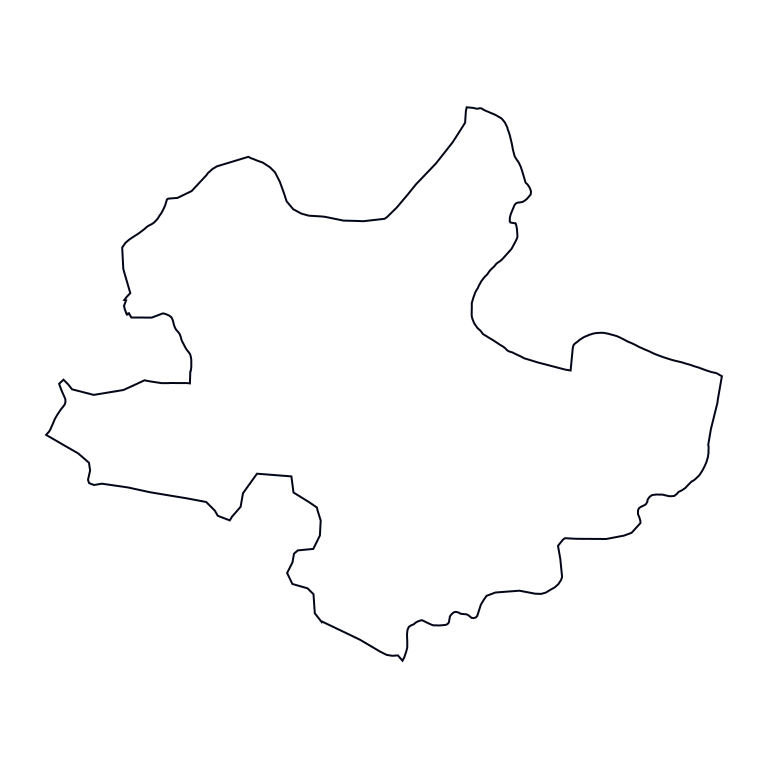 Mawiyah, Ta`izz, Yemen (orthographic projection)
{"feature_id": "15242507B40784737599464", "entity_name": "Mawiyah", "entity_type": "district", "adm_level": 2, "iso_a3": "YEM", "parent_name": "Yemen", "parent_adm1": "Ta`izz", "projection": "orthographic", "projection_center": [44.336, 13.613], "detail": "fine", "context": "isolated", "style": "outline", "palette": "ink", "viewbox_px": 768, "rotation_deg": 0, "n_neighbors": 0, "source": "geoboundaries", "source_scale": "gbopen_adm2", "svg_char_len": 6058}
<svg xmlns="http://www.w3.org/2000/svg" viewBox="0 0 768 768"><path d="M248.4,156.8L217.0,166.3L212.5,169.0L207.7,173.3L206.5,175.1L191.7,191.0L177.5,197.9L168.6,198.6L167.5,199.0L166.8,199.8L166.1,202.3L165.2,205.2L163.9,208.2L162.6,210.8L161.1,213.5L159.4,215.8L158.0,218.2L156.2,220.4L154.1,222.5L151.6,224.2L149.2,225.4L146.9,226.8L144.5,229.0L142.4,230.6L140.3,232.2L138.1,233.8L135.1,235.7L132.0,237.7L129.1,239.7L127.0,241.5L125.3,243.0L122.2,247.6L122.8,259.7L123.3,268.9L124.0,271.5L130.3,293.1L126.6,297.0L124.3,300.0L126.1,300.3L124.0,305.9L124.1,306.0L124.6,308.6L126.4,313.7L127.0,314.7L127.7,314.4L128.1,313.4L128.9,313.2L131.3,317.5L151.7,317.6L162.9,313.4L163.8,313.5L166.3,314.3L169.0,315.5L171.2,317.0L172.5,319.5L173.3,322.1L173.4,322.7L173.9,324.7L174.8,327.3L176.1,329.7L177.8,331.6L179.6,333.9L180.6,336.5L181.4,339.5L182.4,341.9L183.9,344.7L185.1,347.1L186.6,349.6L188.3,351.7L190.0,354.0L190.8,356.6L191.3,359.8L191.3,361.8L191.3,363.4L191.3,366.2L191.1,368.8L190.6,371.4L190.3,371.5L189.9,383.4L187.4,383.1L169.5,383.0L169.1,383.1L161.3,383.1L150.2,381.4L144.5,380.3L135.5,384.5L123.4,390.0L93.7,394.9L72.0,389.3L68.1,384.3L63.5,379.7L59.1,383.8L60.8,388.5L61.5,390.3L61.8,391.0L62.9,393.6L64.1,396.2L65.3,399.1L65.5,402.0L64.6,404.7L63.0,406.8L61.2,409.0L59.6,411.3L57.6,414.3L56.2,416.6L54.7,419.3L52.7,424.2L51.5,426.7L50.5,429.2L49.0,431.7L47.1,433.7L46.1,434.9L64.4,445.5L78.2,453.4L88.9,462.7L89.0,462.9L90.1,470.5L88.0,479.9L89.1,483.1L93.8,485.0L102.0,483.7L127.7,487.4L149.8,492.2L165.9,494.9L186.6,498.3L206.2,502.0L214.8,510.6L217.8,515.8L229.8,520.4L232.0,516.7L240.6,506.8L243.0,493.2L257.0,473.7L258.4,473.8L291.4,476.4L293.5,492.5L309.0,502.1L316.9,507.5L317.6,510.6L320.7,520.5L319.9,535.5L313.3,548.9L297.8,550.4L294.0,553.7L292.5,562.4L287.1,573.0L292.4,584.0L307.5,588.3L313.4,594.1L313.5,594.3L314.8,613.3L321.2,621.4L321.2,621.2L322.8,621.9L359.9,639.7L380.1,651.6L386.7,654.9L392.4,655.8L397.9,655.4L402.5,660.7L404.2,657.5L406.1,652.0L407.2,647.8L407.3,643.1L407.0,634.2L407.5,629.9L408.8,626.9L411.0,625.4L413.4,624.5L416.0,622.4L418.1,621.3L419.4,620.9L420.3,620.5L422.2,620.3L425.0,621.6L429.0,623.6L432.0,624.9L433.7,625.4L436.1,625.3L438.8,625.5L442.7,625.2L446.1,624.8L447.6,623.9L448.9,622.5L449.2,620.4L449.7,618.0L449.8,616.7L450.9,615.0L453.0,612.9L454.4,612.1L456.0,611.9L457.7,612.3L459.0,612.7L460.5,613.7L462.4,614.0L466.4,614.3L467.8,614.9L469.6,616.2L471.6,617.9L473.7,618.1L475.7,617.5L477.2,616.0L480.9,604.6L483.9,599.6L486.6,595.8L495.5,592.5L519.4,590.7L535.2,593.7L541.1,593.9L545.8,592.6L549.9,590.1L554.8,587.3L558.4,584.1L561.1,579.9L562.1,577.0L560.4,559.9L560.4,559.6L558.0,545.8L562.9,539.7L565.0,538.2L576.2,538.8L606.2,539.0L624.0,535.6L631.6,532.8L640.4,523.1L640.5,522.5L640.3,520.6L639.5,517.9L638.9,516.2L638.0,514.2L638.0,510.6L638.6,508.9L639.2,508.0L640.8,506.9L644.6,505.1L645.9,504.2L647.4,501.7L647.4,500.3L648.2,498.8L649.4,497.1L651.6,495.3L653.1,494.9L654.2,494.8L656.6,494.5L659.1,494.6L662.4,494.6L665.3,495.3L669.1,496.2L671.3,496.2L672.9,496.1L674.4,495.9L675.7,494.7L676.5,494.3L677.5,493.2L678.4,492.0L680.3,491.1L682.2,490.1L685.2,488.1L688.4,484.7L691.6,481.5L693.4,480.6L695.1,479.3L699.3,475.3L702.0,471.2L704.5,466.5L706.4,462.2L707.9,457.1L708.5,452.7L708.5,450.5L708.6,448.9L708.6,446.2L708.2,445.0L710.9,429.1L717.5,402.5L717.7,400.5L717.7,400.2L721.9,376.2L719.2,374.7L716.8,373.3L714.1,372.6L711.5,372.1L708.8,371.2L706.3,370.4L701.1,368.5L698.5,367.5L695.7,366.7L693.2,365.9L690.8,365.0L688.1,364.2L685.4,363.5L682.8,362.6L677.5,361.3L674.9,360.7L671.9,359.9L669.3,359.1L666.5,358.2L664.0,357.4L661.2,356.4L655.1,354.1L652.4,352.9L650.0,351.7L647.5,350.6L644.6,349.4L642.0,348.2L639.2,347.0L636.4,345.5L633.8,344.2L631.3,343.0L628.7,342.0L626.3,340.8L623.9,339.5L621.5,338.3L619.1,337.1L616.7,336.1L614.1,335.3L611.3,334.6L608.6,333.8L606.0,333.3L603.4,332.8L600.9,332.8L598.2,332.9L595.2,333.2L592.5,333.8L590.9,334.4L590.0,334.5L587.6,335.6L585.0,336.6L583.6,337.3L582.6,338.0L582.3,338.1L581.1,338.9L579.7,339.8L577.5,341.7L576.1,342.7L575.0,343.5L573.8,344.7L573.1,346.5L572.8,347.8L570.6,370.5L565.2,369.6L543.8,364.0L538.0,362.5L526.3,358.9L524.4,358.4L524.2,358.3L522.6,357.4L520.9,356.5L519.2,355.7L517.6,355.0L515.6,354.0L513.7,353.1L512.1,352.3L510.2,351.8L508.4,351.1L506.9,350.1L505.4,348.4L503.9,347.2L502.3,346.1L500.0,344.8L498.0,343.4L494.6,341.2L492.9,340.1L491.1,339.0L489.5,338.1L485.9,335.8L484.5,335.0L482.9,334.0L482.7,333.7L480.8,331.1L479.7,330.0L478.4,328.9L477.3,327.8L476.5,326.6L475.6,325.4L474.7,324.1L473.9,322.6L472.7,319.6L472.1,317.8L471.7,315.9L471.7,311.1L471.8,309.5L471.8,303.1L472.2,301.6L472.7,300.0L473.1,298.6L473.6,297.0L474.3,295.2L474.8,293.6L475.4,292.2L476.2,290.6L478.0,287.8L478.5,286.4L479.2,285.0L480.1,283.5L480.9,281.9L481.7,280.7L484.0,277.7L485.1,276.4L486.2,275.5L487.6,273.9L488.7,272.2L490.0,270.5L491.1,269.3L493.7,266.9L494.7,265.8L495.8,264.4L496.9,263.3L498.1,262.4L499.1,261.8L501.8,259.7L503.9,257.4L511.4,249.0L511.9,248.2L515.6,241.3L516.8,238.8L517.4,237.0L517.4,235.4L517.2,232.5L516.9,228.6L516.0,224.2L515.4,223.2L514.5,223.3L514.4,223.2L510.4,222.5L510.1,222.0L509.7,221.2L509.9,217.5L510.8,214.0L514.5,205.1L515.8,203.5L518.0,202.5L518.3,202.6L522.5,202.0L525.5,200.1L527.2,198.6L529.4,196.0L530.7,194.5L531.0,191.5L530.3,189.2L529.2,186.9L527.5,184.4L525.6,182.7L522.4,171.9L520.8,166.9L518.7,162.5L516.6,159.5L514.7,156.4L513.0,150.0L511.8,143.6L509.7,134.9L508.3,130.7L507.9,130.1L507.3,127.4L504.9,122.5L502.5,119.5L501.3,118.3L495.4,114.9L485.1,110.5L482.8,109.3L482.1,108.7L480.9,108.3L479.8,108.2L478.4,108.6L477.2,108.7L475.4,108.5L473.4,107.9L466.7,107.3L465.9,110.8L465.1,122.7L460.2,130.5L452.7,142.2L436.0,163.4L416.0,184.3L407.1,195.3L396.6,207.7L386.9,217.2L384.6,218.8L363.4,221.2L355.2,220.9L343.5,220.6L324.9,216.8L320.8,216.4L308.9,215.7L301.3,213.6L293.2,209.2L286.6,201.3L285.0,196.4L283.9,193.0L280.1,182.5L280.0,182.1L275.0,172.3L270.0,167.3L262.8,162.6L257.7,160.8L252.0,158.5L251.1,158.3L248.4,156.8Z" fill="none" stroke="#020617" stroke-width="2"/></svg>